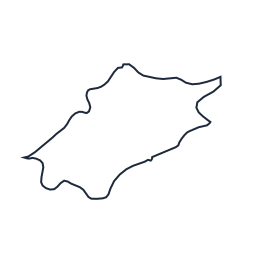 the Province of Ilocos Norte, rotated 222°
{"feature_id": "PHL-2547", "entity_name": "Ilocos Norte", "entity_type": "Province", "adm_level": 1, "iso_a3": "PHL", "parent_name": "Philippines", "parent_adm1": "", "projection": "mercator", "projection_center": [120.728, 18.175], "detail": "fine", "context": "isolated", "style": "outline", "palette": "slate", "viewbox_px": 256, "rotation_deg": 222, "n_neighbors": 0, "source": "natural_earth", "source_scale": "10m", "svg_char_len": 1374}
<svg xmlns="http://www.w3.org/2000/svg" viewBox="0 0 256 256"><g transform="rotate(222 128 128)"><path d="M70.8,187.6L70.6,185.9L71.1,182.8L75.9,176.0L80.1,167.0L81.1,164.2L81.3,160.6L81.0,155.9L80.2,151.6L79.0,148.8L79.6,145.9L90.9,121.9L90.4,122.3L89.7,121.5L89.3,120.2L89.3,119.0L89.9,118.6L90.8,118.3L91.7,117.8L92.1,117.0L92.9,114.4L99.0,103.2L101.6,96.3L103.0,87.9L102.8,79.2L100.5,71.2L98.1,65.6L97.9,61.9L99.8,58.7L103.9,54.4L108.0,50.9L111.3,50.3L119.8,52.2L124.1,51.8L133.1,48.6L136.9,47.9L140.2,46.1L141.2,41.8L141.2,37.0L141.9,33.2L144.6,30.2L148.7,28.4L153.0,28.1L156.3,29.6L159.4,33.6L164.6,42.1L168.1,44.8L171.7,45.1L175.7,43.8L179.1,41.8L180.4,39.8L182.1,38.2L185.4,36.6L183.0,40.1L181.0,47.6L177.7,70.4L177.3,75.4L175.5,85.4L175.9,90.4L176.9,94.5L177.5,98.9L177.0,103.4L175.1,107.4L172.7,109.4L170.4,110.4L168.7,111.5L168.1,114.2L169.8,118.1L173.4,120.5L177.5,122.2L180.5,124.2L182.2,126.8L182.8,129.1L182.2,131.3L177.4,137.3L175.6,140.7L174.6,144.4L174.1,149.2L175.8,160.4L175.7,165.9L173.0,169.0L173.1,169.8L174.0,172.2L169.8,176.1L163.9,176.7L157.4,176.2L151.7,177.2L140.4,183.7L134.7,187.9L125.7,197.7L120.6,199.5L115.3,200.4L109.5,203.5L105.0,208.3L100.4,214.9L96.3,221.9L93.5,227.9L87.7,221.8L88.9,212.2L92.5,201.8L93.7,193.5L90.7,188.8L85.8,186.9L80.1,186.8L74.5,187.2L70.8,187.6L70.8,187.6Z" fill="none" stroke="#1e293b" stroke-width="2"/></g></svg>